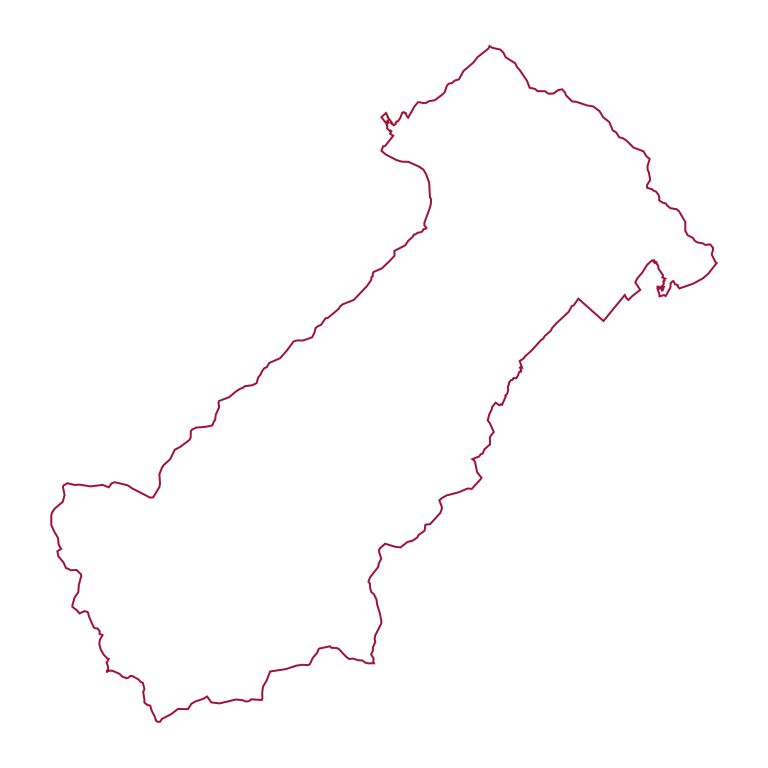 outline of Caiuti, Bacau, Romania
{"feature_id": "2599482B38271521863944", "entity_name": "Caiuti", "entity_type": "district", "adm_level": 2, "iso_a3": "ROU", "parent_name": "Romania", "parent_adm1": "Bacau", "projection": "mercator", "projection_center": [26.906, 46.152], "detail": "fine", "context": "isolated", "style": "outline", "palette": "rose", "viewbox_px": 768, "rotation_deg": 0, "n_neighbors": 0, "source": "geoboundaries", "source_scale": "gbopen_adm2", "svg_char_len": 6053}
<svg xmlns="http://www.w3.org/2000/svg" viewBox="0 0 768 768"><path d="M251.5,699.3L261.7,700.0L262.4,698.3L262.2,692.7L263.0,686.6L266.6,680.6L270.1,671.5L285.8,669.1L296.6,665.6L302.3,664.8L307.9,665.1L309.8,664.3L312.8,657.9L317.0,653.1L318.7,648.9L319.4,648.5L330.0,646.3L331.4,647.8L336.6,648.0L338.7,648.9L346.4,657.0L349.2,659.0L353.2,658.6L357.9,660.2L362.5,660.5L365.1,662.6L367.9,663.3L374.0,663.3L373.2,661.0L373.7,658.6L371.1,654.4L372.9,650.8L372.9,647.5L375.3,641.9L374.6,639.0L375.2,635.5L381.3,623.5L381.3,620.8L379.9,613.5L377.1,604.4L376.5,599.5L374.0,594.4L371.3,591.9L370.2,588.3L369.9,583.5L368.6,582.1L368.5,581.3L370.3,577.0L377.8,567.5L378.5,566.1L378.6,563.9L381.2,558.7L379.1,551.9L379.1,549.8L380.3,548.0L385.1,543.7L395.2,546.8L400.6,547.4L407.4,542.0L412.7,540.6L415.3,538.9L417.5,537.2L418.3,535.2L424.6,530.7L425.4,524.7L430.1,524.1L440.2,513.1L441.9,508.7L441.7,506.5L439.3,500.3L442.1,497.9L446.7,495.4L458.3,492.4L467.7,488.5L471.8,488.9L480.6,479.2L481.5,477.8L477.1,472.2L475.1,462.2L474.2,460.5L472.4,459.1L479.2,456.4L480.6,454.3L482.8,453.4L484.4,449.3L490.0,444.4L489.9,437.8L490.4,436.2L493.8,432.0L489.9,423.3L487.7,420.4L489.3,414.3L491.6,409.6L492.3,406.7L495.7,402.7L499.3,405.3L501.0,404.2L502.1,404.8L505.7,396.5L505.3,395.6L506.9,394.2L507.8,392.0L508.2,389.9L507.8,386.9L508.9,384.2L508.9,382.8L510.9,380.2L512.3,379.9L513.1,378.8L514.3,379.1L513.8,378.8L513.8,378.1L516.4,378.2L518.2,375.1L518.9,372.4L520.0,371.5L520.7,371.8L521.3,370.7L520.9,369.9L521.2,369.2L519.9,367.7L520.8,367.0L521.9,367.4L519.7,361.0L523.4,358.7L524.9,356.5L531.6,350.5L541.1,340.0L543.1,338.7L544.7,336.1L551.0,330.5L551.9,328.3L556.0,323.7L568.7,311.8L571.8,306.2L573.7,305.3L578.4,298.7L603.5,321.0L624.8,295.0L626.2,297.8L628.4,300.0L632.7,295.7L640.2,289.9L635.3,282.4L637.5,278.1L642.1,272.8L647.2,264.7L652.2,260.3L653.9,260.3L653.4,261.4L654.3,262.3L655.3,260.8L655.0,262.9L656.4,262.3L657.1,264.5L658.2,265.6L658.5,268.7L662.8,274.9L663.1,276.0L662.3,277.4L665.0,278.6L664.6,278.8L664.7,280.2L664.0,280.2L663.4,281.7L663.8,281.8L663.7,283.9L662.4,286.6L663.9,286.9L662.6,290.4L661.8,290.5L661.5,289.6L662.0,288.1L661.4,286.6L659.1,288.7L658.9,286.6L657.5,286.7L657.5,288.9L659.5,294.5L659.5,296.3L664.2,295.1L665.7,296.1L670.4,287.6L670.6,283.3L672.6,281.2L673.5,281.2L675.0,284.2L677.8,285.2L677.7,286.3L679.5,288.4L693.1,283.7L703.0,278.3L708.2,273.8L716.7,263.0L715.4,262.0L711.7,254.4L713.1,249.6L712.9,247.6L710.1,244.4L705.2,244.9L702.5,243.2L698.1,242.6L695.1,241.1L692.7,237.8L687.6,235.2L685.3,230.8L685.3,222.0L679.1,211.4L676.6,209.2L670.4,208.2L667.2,205.6L665.8,203.5L662.8,202.7L659.7,200.8L659.0,199.9L659.4,197.8L658.4,194.6L656.0,191.6L653.0,190.3L652.2,189.3L647.2,187.8L646.9,185.4L650.2,179.9L648.8,172.1L647.7,170.1L647.5,166.1L649.7,159.0L646.5,156.3L643.4,151.3L633.4,147.5L626.2,140.3L622.8,138.2L619.3,137.3L616.2,132.5L612.7,130.3L609.3,122.0L603.3,117.4L599.5,111.1L593.1,106.4L587.4,105.5L576.1,101.8L572.1,101.4L566.0,95.4L565.1,92.6L562.1,89.3L558.0,90.2L553.5,93.5L549.3,93.7L548.0,93.5L545.1,91.2L537.7,91.2L535.0,88.9L529.6,87.7L527.0,80.8L519.8,70.1L517.0,67.1L515.3,63.3L505.7,57.3L503.4,52.7L500.3,49.6L492.0,47.7L489.5,46.1L488.5,48.5L477.7,57.0L473.3,62.6L463.5,71.0L458.9,79.4L454.7,80.6L451.8,83.2L449.2,83.5L447.0,85.4L444.7,92.2L441.9,94.9L434.8,100.2L428.9,101.2L426.4,102.8L423.3,103.0L418.1,102.1L414.5,106.4L408.1,117.7L406.8,116.2L405.8,113.1L404.7,113.2L403.9,112.1L402.3,112.6L400.3,117.9L397.9,121.4L396.9,121.4L395.7,122.7L395.7,124.0L393.6,125.3L392.2,123.4L391.9,123.8L390.6,122.8L391.4,122.0L387.7,117.4L387.9,116.8L386.0,113.0L381.4,117.1L385.6,122.6L387.8,120.6L388.3,122.8L386.5,124.6L387.4,126.4L387.0,128.3L390.0,131.2L390.4,130.6L391.4,131.3L390.1,133.7L393.2,135.8L384.9,146.2L383.2,146.3L381.4,150.7L385.4,154.3L396.6,160.1L402.0,161.7L408.3,161.8L419.5,166.9L423.5,169.7L426.1,174.3L429.2,182.7L429.9,197.2L431.1,199.2L430.8,204.1L429.9,207.7L424.4,222.7L424.4,225.4L426.4,227.9L426.2,228.5L423.5,229.2L422.3,231.3L421.1,232.1L417.5,232.8L415.6,234.3L414.0,234.5L412.6,237.0L408.3,240.7L405.3,245.3L394.4,250.9L394.5,255.8L389.7,260.9L381.9,268.4L373.5,272.0L372.7,274.0L372.7,276.4L371.5,277.1L371.2,280.0L366.8,286.3L363.8,289.4L353.7,300.0L342.7,304.3L340.0,306.5L339.0,308.5L337.0,310.3L327.7,318.0L325.5,318.3L321.0,324.9L318.1,326.1L315.6,328.0L314.4,332.8L312.1,337.3L303.1,340.5L297.6,340.4L293.6,341.4L286.9,350.5L280.1,358.2L269.2,363.0L266.7,367.3L264.5,368.0L262.3,370.8L260.4,374.8L258.2,377.4L256.6,383.2L252.0,385.3L244.6,386.2L242.7,388.0L240.7,388.5L235.6,391.7L229.3,397.1L219.0,401.0L218.5,402.3L219.1,407.4L215.8,414.6L215.1,420.0L214.0,421.2L212.6,424.9L211.0,425.8L204.7,426.9L196.0,427.6L192.2,429.5L190.8,431.1L190.7,437.5L189.4,440.0L179.9,447.1L174.8,449.7L170.2,459.2L163.6,465.1L162.0,467.7L159.4,474.2L160.0,483.5L159.4,487.1L153.1,497.4L150.1,497.6L132.2,488.4L127.9,485.4L114.9,482.2L111.7,483.3L108.7,487.3L102.7,484.9L90.5,486.4L79.2,484.6L74.8,485.0L67.4,483.2L63.7,485.4L62.9,486.8L64.6,495.0L62.7,501.9L54.5,508.8L51.9,512.9L51.3,515.4L51.3,525.0L53.9,531.0L58.1,538.1L58.5,543.4L59.3,545.9L61.2,548.8L57.4,551.3L58.4,556.4L63.5,562.4L65.9,567.9L71.0,570.2L76.6,570.0L81.0,574.4L81.3,575.9L78.9,584.6L78.3,592.2L74.5,597.7L72.4,605.2L72.5,607.0L76.9,610.3L79.5,613.4L84.5,611.1L87.4,612.0L88.1,612.7L88.9,616.4L93.7,627.2L95.0,628.2L97.6,628.5L99.7,631.3L99.5,633.9L102.5,635.1L99.8,640.0L99.3,644.3L100.9,649.9L103.5,654.4L106.9,658.1L108.7,659.0L106.6,662.8L107.8,665.7L108.2,668.9L106.8,671.1L107.0,671.8L110.1,670.5L113.3,671.1L119.6,673.9L122.0,676.4L126.3,678.2L128.3,677.8L130.6,675.9L132.4,676.1L138.5,679.4L140.4,681.7L142.8,682.8L144.3,688.3L144.3,689.5L143.2,692.0L144.4,699.6L144.4,702.6L147.5,705.0L150.2,705.6L151.7,710.7L154.5,716.1L156.2,720.9L157.8,721.9L160.1,721.7L161.8,719.0L170.9,714.3L178.0,708.9L187.9,709.2L191.4,703.8L195.0,701.6L203.6,698.7L207.1,696.5L211.3,702.4L219.6,703.4L235.9,699.5L242.2,700.1L246.1,701.5L248.7,701.2L251.5,699.3Z" fill="none" stroke="#9f1239" stroke-width="2"/></svg>